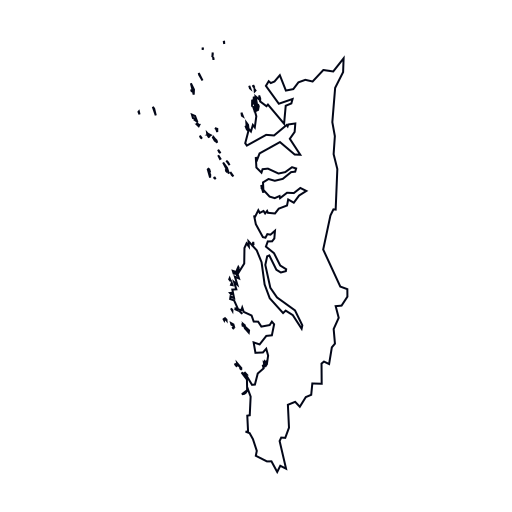 Reykhólahreppur, Vestfirðir, Iceland (Robinson projection), rotated 85°
{"feature_id": "244011B19971250001035", "entity_name": "Reykhólahreppur", "entity_type": "district", "adm_level": 2, "iso_a3": "ISL", "parent_name": "Iceland", "parent_adm1": "Vestfirðir", "projection": "robinson", "projection_center": [-22.458, 65.5], "detail": "fine", "context": "isolated", "style": "outline", "palette": "ink", "viewbox_px": 512, "rotation_deg": 85, "n_neighbors": 0, "source": "geoboundaries", "source_scale": "gbopen_adm2", "svg_char_len": 6165}
<svg xmlns="http://www.w3.org/2000/svg" viewBox="0 0 512 512"><g transform="rotate(85 256 256)"><path d="M473.0,253.7L467.1,250.1L470.5,244.6L442.4,248.6L439.1,246.7L439.7,242.7L429.9,238.1L407.0,237.2L404.7,229.7L410.0,225.5L400.9,218.7L399.1,213.1L387.9,211.0L389.0,201.7L368.9,200.1L367.1,197.5L370.0,192.6L353.6,188.4L350.2,185.0L335.5,185.0L324.8,179.0L312.9,181.0L312.9,175.1L304.5,168.5L297.0,167.9L293.8,174.7L255.4,188.5L222.1,178.3L216.3,174.8L216.7,172.6L176.5,167.4L161.3,169.8L143.5,167.0L129.3,168.3L95.4,162.5L80.4,153.2L66.7,151.5L78.9,163.0L76.6,172.7L87.1,184.4L84.8,191.5L86.7,198.6L93.0,204.3L93.8,211.8L78.0,216.5L83.8,222.4L85.0,226.2L83.0,228.1L87.4,231.3L106.3,220.0L102.8,205.9L107.1,207.5L108.9,213.3L126.7,216.5L106.2,230.9L107.7,232.5L102.4,238.4L99.4,238.1L96.3,238.9L100.9,238.6L97.0,242.5L107.0,241.6L102.0,242.6L101.4,243.7L102.8,243.0L108.9,242.8L108.2,241.2L104.9,240.9L107.0,240.2L110.2,241.1L108.9,242.9L111.9,242.3L107.8,245.2L116.8,243.5L127.8,246.0L125.2,247.7L131.5,250.2L128.4,252.4L124.7,252.5L122.2,254.0L128.2,254.1L125.9,254.7L125.4,255.2L129.0,254.1L130.9,252.7L142.7,256.9L145.2,255.5L136.2,235.3L137.5,227.5L128.2,214.1L129.6,213.2L127.8,212.4L127.4,205.3L135.8,206.7L142.2,212.1L159.0,203.1L158.3,208.6L144.6,222.2L154.1,243.5L160.2,246.5L157.5,247.6L167.9,247.9L173.4,243.3L170.1,241.9L170.0,236.5L175.8,226.4L175.0,219.6L170.7,212.4L172.3,208.4L175.4,209.6L175.5,213.7L181.5,222.6L182.7,230.7L180.4,236.8L183.3,242.6L190.8,242.9L198.0,237.3L200.0,232.3L198.3,227.3L200.5,227.0L195.7,219.6L196.6,212.8L192.1,205.9L195.6,200.2L199.5,207.8L206.2,213.7L202.5,219.0L208.4,220.7L210.8,229.2L215.3,233.4L214.0,240.4L212.1,241.0L214.4,243.2L211.8,244.6L213.4,248.5L210.6,249.7L217.5,253.9L215.4,254.4L224.3,253.4L237.8,247.5L238.6,245.0L235.2,242.8L236.0,239.7L232.5,234.9L240.1,236.2L242.8,238.7L242.5,243.0L247.5,245.3L254.8,237.8L267.6,232.7L271.8,227.1L273.7,227.6L274.6,232.7L271.5,236.9L256.6,242.7L257.3,244.9L265.7,247.5L288.9,244.5L299.1,238.7L313.6,221.9L329.1,215.9L332.4,216.9L318.1,224.5L313.0,231.2L315.2,234.0L299.3,246.0L285.1,249.9L262.7,251.0L250.4,254.8L240.7,262.2L245.9,262.3L242.6,264.3L247.0,266.8L262.5,268.4L272.5,275.9L276.9,274.9L274.8,278.8L283.0,277.1L280.0,280.1L287.5,278.5L287.4,282.5L296.0,281.5L294.1,284.9L296.6,285.5L298.3,281.7L307.7,278.4L308.6,275.2L306.2,274.2L310.6,273.1L314.9,265.6L321.1,264.0L321.6,259.6L326.8,256.8L326.0,248.4L322.8,245.9L325.6,243.9L336.4,247.1L336.5,252.7L344.4,260.1L341.9,265.9L352.4,265.0L352.7,257.5L349.3,253.9L356.3,252.6L364.7,254.6L366.1,255.7L363.7,257.4L367.7,257.2L365.0,258.8L368.6,258.2L373.2,264.5L384.0,268.3L384.0,271.2L374.1,276.0L370.8,280.5L378.3,275.8L388.7,276.5L387.2,275.9L395.6,273.6L414.1,276.1L414.3,278.6L430.2,279.2L430.1,281.7L431.9,277.8L438.2,275.0L450.2,272.2L455.0,273.6L461.6,263.0L461.9,258.5L473.0,253.7ZM89.8,304.0L84.8,303.3L78.3,305.8L89.8,304.0ZM160.0,280.6L171.6,275.8L165.7,277.2L160.0,280.6ZM114.4,303.6L111.2,304.5L109.6,307.5L113.1,306.8L114.4,303.6ZM331.7,269.9L329.5,269.4L326.3,272.3L327.6,272.9L331.7,269.9ZM272.0,277.6L269.6,278.5L268.8,280.4L271.6,279.8L272.0,277.6ZM108.3,243.5L103.9,243.4L102.8,243.9L102.9,244.3L101.7,244.0L98.2,244.0L97.1,244.4L101.6,244.6L108.3,243.5ZM104.8,246.7L103.4,245.3L100.0,246.2L104.8,246.7ZM274.3,276.6L268.5,276.0L269.4,276.8L274.3,276.6ZM51.2,281.5L49.5,281.4L54.1,282.2L51.2,281.5ZM323.8,284.2L322.2,284.5L320.7,286.7L322.3,286.4L323.8,284.2ZM107.2,343.6L100.4,344.6L98.4,345.8L107.2,343.6ZM362.3,284.1L367.0,280.0L361.0,284.2L362.3,284.1ZM139.7,284.8L137.4,285.3L135.5,286.9L137.6,286.6L139.7,284.8ZM173.9,294.9L171.1,294.5L164.9,296.6L173.9,294.9ZM131.2,293.9L134.0,292.4L131.3,292.8L131.1,293.5L130.8,292.7L129.1,294.0L131.2,293.9ZM70.6,296.8L76.5,294.0L68.7,297.1L70.6,296.8ZM307.9,284.2L306.0,285.5L308.6,284.3L307.9,284.2ZM269.8,275.0L267.1,274.2L268.8,275.0L266.1,274.3L265.4,274.6L267.9,276.0L269.8,275.0ZM129.1,283.8L126.0,283.5L125.0,285.7L126.0,284.6L129.1,283.8ZM138.2,286.7L134.8,287.3L133.6,288.1L134.2,288.6L138.2,286.7ZM156.2,283.4L156.0,283.0L152.3,284.9L156.2,283.4ZM193.6,243.2L191.2,242.9L189.6,244.1L193.6,243.2ZM325.1,275.3L323.7,274.7L321.9,275.6L325.1,275.3ZM282.6,283.4L283.0,281.9L280.7,282.5L282.6,283.4ZM102.2,360.5L104.8,359.7L101.8,360.1L102.2,360.5ZM164.4,296.3L168.8,294.4L165.7,295.0L164.4,296.3ZM290.6,285.1L292.7,283.7L290.6,284.0L290.6,285.1ZM311.1,276.0L312.4,274.6L309.2,277.4L311.1,276.0ZM107.2,245.8L110.8,244.9L112.7,244.6L107.5,245.4L107.2,245.8ZM373.3,276.1L373.3,275.6L370.6,277.7L373.3,276.1ZM86.7,244.0L88.2,242.9L85.5,243.9L86.7,244.0ZM325.3,273.8L324.1,273.2L322.9,274.4L325.3,273.8ZM121.7,301.8L120.4,301.0L120.1,303.2L121.7,301.8ZM244.2,257.5L241.7,257.5L244.5,258.3L244.2,257.5ZM115.2,305.1L117.4,302.5L114.5,304.1L115.2,305.1ZM146.8,284.5L149.1,283.7L150.4,282.4L146.8,284.5ZM317.5,291.0L316.8,291.0L314.6,292.9L317.5,291.0ZM115.0,257.8L115.7,256.9L111.9,258.0L115.0,257.8ZM189.6,243.4L186.5,244.4L185.7,244.5L187.9,244.5L188.9,244.0L189.1,244.2L189.6,243.4ZM392.5,282.1L392.3,279.8L391.5,278.3L390.0,277.0L389.0,276.6L392.5,282.1ZM362.6,257.1L363.1,255.8L361.7,256.7L362.6,257.1ZM42.0,269.2L39.6,269.1L39.0,269.4L42.0,269.2ZM168.6,278.4L170.1,277.3L166.9,278.5L168.6,278.4ZM158.4,277.3L160.9,275.7L163.2,274.4L160.2,275.8L158.4,277.3ZM91.8,242.9L91.1,242.1L89.7,242.9L91.8,242.9ZM276.9,284.7L279.0,283.3L275.9,284.2L276.9,284.7ZM365.7,281.7L367.0,281.3L368.1,280.1L365.7,281.7ZM119.8,302.4L119.1,302.5L118.0,303.4L119.8,302.4ZM361.1,255.6L363.1,255.4L363.1,254.8L361.1,255.6ZM131.2,301.4L133.2,300.8L134.3,299.6L131.2,301.4ZM317.5,293.2L316.6,292.8L315.4,294.1L317.5,293.2ZM174.7,290.7L175.8,289.5L173.6,290.7L174.7,290.7ZM132.3,291.7L131.7,290.6L131.0,291.7L132.3,291.7ZM308.3,279.4L306.7,280.0L306.4,281.0L307.3,281.2L308.3,279.4ZM85.8,247.9L88.4,247.4L88.7,247.1L85.8,247.9ZM361.2,286.5L362.6,286.0L364.7,284.5L361.2,286.5ZM55.9,281.1L54.0,281.4L56.9,281.3L55.9,281.1ZM324.6,285.6L326.0,285.1L326.5,284.1L324.6,285.6ZM170.1,274.3L173.2,273.0L174.7,271.6L170.1,274.3ZM46.0,291.2L44.7,290.8L43.7,291.0L46.0,291.2ZM86.4,305.7L86.8,305.4L84.4,306.2L86.4,305.7Z" fill="none" stroke="#020617" stroke-width="2"/></g></svg>